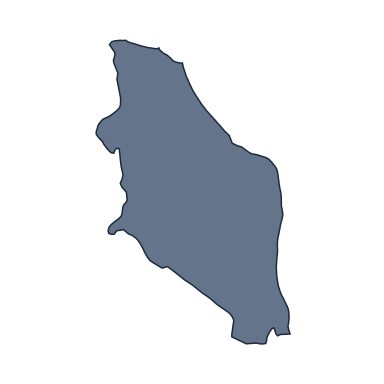 outline of Aslam, Hajjah, Yemen, rotated 173°
{"feature_id": "15242507B36700459789736", "entity_name": "Aslam", "entity_type": "district", "adm_level": 2, "iso_a3": "YEM", "parent_name": "Yemen", "parent_adm1": "Hajjah", "projection": "albers", "projection_center": [43.295, 16.059], "detail": "fine", "context": "isolated", "style": "filled", "palette": "slate", "viewbox_px": 384, "rotation_deg": 173, "n_neighbors": 0, "source": "geoboundaries", "source_scale": "gbopen_adm2", "svg_char_len": 3710}
<svg xmlns="http://www.w3.org/2000/svg" viewBox="0 0 384 384"><g transform="rotate(173 192 192)"><path d="M185.9,321.3L186.8,321.1L189.7,322.0L192.6,323.1L194.9,324.6L196.5,326.9L198.5,329.2L200.5,331.3L202.9,332.7L204.7,334.7L206.7,336.9L207.4,339.1L208.8,338.4L211.7,338.9L214.6,339.8L217.2,340.4L219.8,341.3L222.4,342.3L223.9,342.9L225.4,343.5L228.0,344.7L228.5,344.9L231.3,346.2L234.3,347.4L237.1,348.7L239.3,350.7L240.4,350.7L242.1,350.8L244.9,351.3L247.3,351.4L247.7,351.4L250.4,351.4L253.2,350.9L256.0,348.4L254.5,345.5L253.2,342.7L251.8,340.6L251.7,337.5L252.7,335.0L253.9,332.6L253.9,329.8L251.2,319.3L251.9,315.9L252.8,313.4L252.1,304.1L251.8,299.7L251.5,295.5L251.5,292.8L251.9,290.2L252.4,287.3L253.0,285.9L253.5,284.7L255.6,282.8L257.8,281.3L260.1,279.8L262.8,278.3L265.8,276.8L266.3,276.7L268.4,276.1L271.2,275.2L273.6,273.5L274.7,272.1L276.0,271.2L277.4,268.8L278.5,266.1L279.7,263.6L280.0,260.9L278.5,258.1L276.7,255.5L275.0,253.3L274.1,251.2L273.9,250.6L272.6,248.0L271.1,245.5L269.4,243.1L267.6,240.9L264.9,240.0L263.7,242.4L261.8,244.6L259.0,243.8L259.1,234.9L259.2,232.1L259.2,229.3L259.2,226.6L259.0,223.6L258.6,220.5L258.3,217.6L258.9,215.9L259.8,213.2L262.1,209.5L261.8,208.4L261.0,205.5L257.2,199.8L257.2,197.1L257.3,194.4L257.4,191.5L259.3,189.3L261.4,187.4L262.2,185.9L262.6,185.0L263.3,182.3L263.9,179.6L265.0,177.0L267.3,174.9L269.7,173.5L272.3,172.0L274.5,170.6L276.8,169.0L278.7,167.0L280.0,163.9L279.7,161.1L277.3,159.9L276.3,159.8L274.4,159.6L271.4,162.7L264.5,162.9L260.2,158.1L257.8,156.9L255.5,155.1L253.5,153.2L251.8,151.1L250.4,148.5L249.2,145.9L248.1,143.1L247.1,140.4L246.2,137.3L245.0,134.7L243.7,131.8L242.5,129.8L242.1,129.2L240.0,127.2L230.9,120.1L225.5,121.0L225.1,120.6L222.9,118.6L221.0,116.7L218.7,114.5L216.6,112.3L214.6,110.3L212.0,107.7L209.7,105.3L207.4,103.5L206.7,102.8L204.6,101.0L201.9,98.6L199.2,95.7L197.1,93.6L194.8,91.2L192.2,88.8L190.1,87.0L189.8,86.7L187.5,84.6L185.4,82.4L183.5,80.3L181.6,78.1L179.4,76.0L177.0,73.8L174.4,71.6L172.4,69.7L170.1,67.7L168.4,65.3L166.9,62.5L166.2,59.3L166.9,56.7L167.7,53.9L168.5,50.8L169.3,47.9L170.0,44.7L170.1,43.3L156.6,34.7L146.3,34.2L143.5,33.1L140.4,32.6L137.3,32.6L136.1,35.3L135.4,38.3L134.0,40.7L131.6,44.2L129.1,46.7L127.2,47.2L125.9,40.8L124.5,38.8L121.9,39.8L112.0,39.1L112.9,44.5L113.1,47.3L112.2,49.8L111.5,52.8L110.9,55.7L110.7,58.5L110.6,61.3L110.8,64.4L111.6,67.4L112.8,70.6L113.6,73.2L114.5,75.8L115.6,78.5L116.5,81.7L117.1,84.9L117.7,87.9L117.8,88.5L117.9,90.8L118.0,93.6L118.1,96.9L118.1,99.7L117.8,102.5L117.7,105.2L117.4,107.9L116.8,110.8L116.2,114.0L115.7,116.7L115.0,119.5L114.4,122.4L114.1,125.1L113.9,128.3L113.4,131.3L112.8,134.2L111.9,137.3L110.8,140.3L109.9,143.1L108.9,146.2L108.7,147.0L107.7,149.9L106.6,152.6L105.4,155.6L104.6,158.3L104.6,161.1L104.7,164.2L105.0,167.0L104.7,169.9L104.4,172.9L104.0,175.7L104.0,178.6L104.0,181.4L104.3,184.2L104.4,186.1L104.4,187.3L104.6,190.2L104.5,193.1L104.6,194.8L104.6,196.4L104.6,199.5L104.8,202.3L105.3,204.9L106.7,207.7L108.2,210.2L109.9,212.8L110.2,213.1L112.0,215.4L114.3,217.1L116.9,218.3L119.4,219.4L122.3,220.8L124.4,221.5L125.0,221.7L127.8,222.6L130.3,224.1L132.5,226.1L134.9,228.4L137.3,230.7L141.1,232.3L146.1,235.5L148.2,243.6L150.2,246.1L152.4,248.8L154.2,251.5L155.7,253.8L156.5,254.9L156.6,255.1L157.3,256.0L158.5,257.7L158.9,258.3L160.4,260.6L162.2,263.1L164.3,266.1L165.9,268.4L166.9,269.9L167.7,270.9L169.1,273.5L170.7,276.1L172.1,278.5L173.3,281.0L174.7,283.9L176.0,286.4L177.2,289.0L178.3,291.5L179.4,294.3L180.1,296.7L180.3,297.0L181.2,299.8L182.0,302.5L182.1,303.1L182.9,305.4L183.7,308.0L184.2,310.8L184.7,313.2L184.9,313.8L185.3,316.5L185.6,319.2L185.9,321.3Z" fill="#64748b" stroke="#1e293b" stroke-width="1.5"/></g></svg>